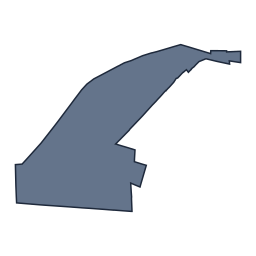 Allende, Coahuila, Mexico
{"feature_id": "50627088B35407667926695", "entity_name": "Allende", "entity_type": "district", "adm_level": 2, "iso_a3": "MEX", "parent_name": "Mexico", "parent_adm1": "Coahuila", "projection": "robinson", "projection_center": [-100.857, 28.286], "detail": "fine", "context": "isolated", "style": "filled", "palette": "slate", "viewbox_px": 256, "rotation_deg": 0, "n_neighbors": 0, "source": "geoboundaries", "source_scale": "gbopen_adm2", "svg_char_len": 1794}
<svg xmlns="http://www.w3.org/2000/svg" viewBox="0 0 256 256"><path d="M240.6,51.3L228.9,51.8L226.6,51.9L226.6,50.8L216.5,50.7L211.0,50.7L210.8,50.7L210.6,53.6L205.3,52.0L198.4,49.9L197.7,49.7L190.8,47.6L189.8,47.3L189.5,47.2L186.1,46.2L182.7,45.2L180.7,44.6L172.4,47.0L171.8,47.2L164.4,49.4L156.9,51.6L152.6,52.7L151.2,53.0L142.6,55.7L141.9,56.0L137.0,58.1L134.6,59.1L131.2,60.6L124.7,62.7L123.4,63.3L122.2,64.0L121.1,64.5L120.3,65.0L119.2,65.6L117.9,66.2L100.1,75.6L93.8,78.9L86.9,84.1L81.6,89.9L74.5,99.3L72.0,102.7L57.6,121.9L53.2,127.6L40.9,143.3L31.2,154.1L26.6,159.2L22.1,164.1L15.4,164.6L15.9,185.8L16.3,196.4L16.6,202.9L40.9,204.9L47.9,205.4L52.4,205.7L68.2,206.8L76.3,207.4L76.5,207.4L82.9,207.9L89.4,208.3L94.7,208.7L104.4,209.4L106.9,209.6L113.2,210.1L113.3,210.1L114.2,210.1L116.8,210.3L123.3,210.8L131.5,211.4L132.0,211.4L131.5,198.7L131.6,196.8L131.2,191.5L130.7,183.1L140.0,187.0L140.9,183.8L146.3,165.3L141.8,164.0L134.4,161.7L134.5,158.7L135.0,149.9L125.9,147.1L123.9,146.5L122.7,146.2L121.9,145.9L121.4,145.8L120.8,145.6L119.9,145.3L119.1,145.1L116.4,144.2L115.6,144.0L117.4,142.2L129.2,130.2L129.9,129.1L142.6,115.8L152.9,104.4L153.3,104.1L154.6,102.7L155.8,101.5L157.2,99.9L158.1,98.9L158.5,98.5L160.2,96.7L160.3,96.6L164.0,92.4L165.8,90.5L166.0,90.7L166.3,90.3L168.3,88.1L168.6,87.9L170.2,86.2L173.7,82.3L176.2,78.4L177.7,78.0L177.8,77.8L179.4,76.2L181.7,73.7L182.3,73.1L182.8,72.5L183.4,72.1L183.5,72.2L184.8,71.0L185.6,70.4L186.4,69.7L188.4,72.3L189.3,71.3L190.1,70.5L191.1,69.6L191.1,69.2L191.4,69.0L191.5,69.0L191.6,68.8L192.1,68.3L192.1,68.2L194.0,66.8L195.7,64.9L196.8,63.8L197.2,63.4L199.0,61.6L204.4,59.4L204.8,59.2L206.0,58.8L206.5,58.9L210.3,59.8L216.9,61.4L229.6,64.1L229.3,60.9L240.6,62.6L240.6,51.3Z" fill="#64748b" stroke="#1e293b" stroke-width="1.5"/></svg>